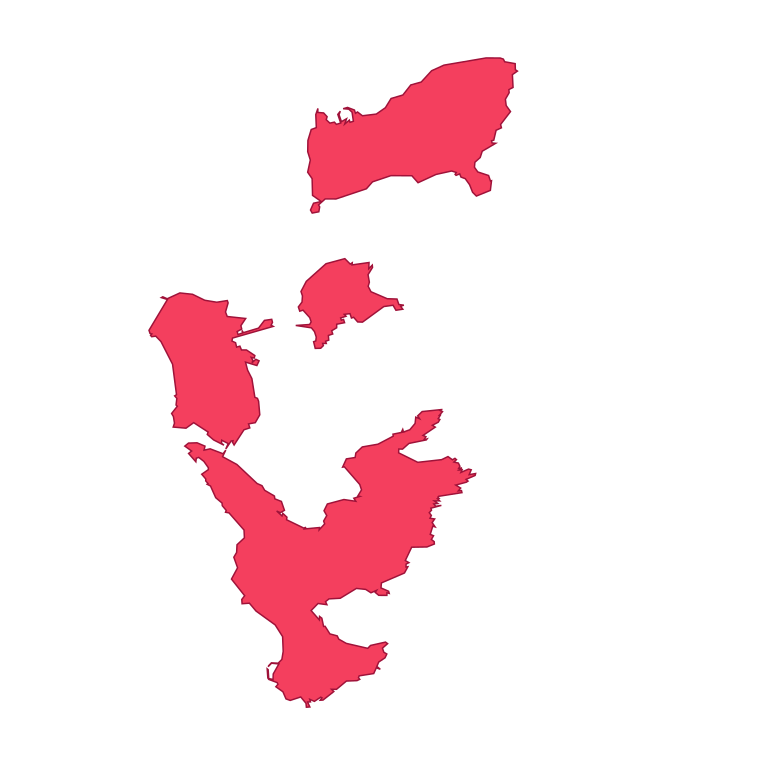 Giske nor, Norway (Albers equal-area conic projection), rotated 164°
{"feature_id": "86288312B39553824960786", "entity_name": "Giske nor", "entity_type": "district", "adm_level": 2, "iso_a3": "NOR", "parent_name": "Norway", "parent_adm1": "", "projection": "albers", "projection_center": [6.074, 62.527], "detail": "fine", "context": "isolated", "style": "filled", "palette": "rose", "viewbox_px": 768, "rotation_deg": 164, "n_neighbors": 0, "source": "geoboundaries", "source_scale": "gbopen_adm2", "svg_char_len": 6140}
<svg xmlns="http://www.w3.org/2000/svg" viewBox="0 0 768 768"><g transform="rotate(164 384 384)"><path d="M547.7,94.7L544.3,94.0L545.1,99.4L542.3,98.7L542.3,101.4L538.4,98.1L531.1,100.4L530.1,99.4L532.5,97.6L529.7,97.0L517.0,102.2L518.6,105.0L513.8,103.6L502.0,108.8L491.7,106.3L488.7,106.8L489.5,108.7L488.3,110.3L473.7,108.5L469.6,113.3L466.2,110.8L468.7,114.5L465.7,118.2L458.5,120.5L455.7,123.7L458.1,126.2L458.3,130.5L452.1,133.4L453.7,135.5L469.0,136.4L472.5,134.4L491.8,145.1L497.8,151.2L498.4,154.8L504.9,158.7L507.4,167.3L508.9,167.6L508.3,176.0L510.0,178.3L511.2,175.1L516.5,186.3L507.9,191.2L499.7,187.6L500.2,190.9L496.1,192.6L485.1,190.1L466.9,195.1L458.2,191.6L454.1,186.9L448.0,187.7L449.9,186.1L447.3,182.3L439.5,180.0L438.7,182.5L436.7,181.3L436.7,183.5L443.1,188.8L441.3,193.5L416.4,196.7L411.4,201.8L413.3,202.1L412.4,204.8L409.3,205.4L412.2,208.4L402.4,219.5L387.6,215.5L379.7,216.3L379.2,218.6L381.3,221.5L378.2,224.5L381.0,226.7L376.3,233.9L374.3,232.6L375.9,237.5L372.5,240.3L376.8,242.3L374.7,244.6L376.0,247.8L373.1,249.6L373.2,251.7L362.3,251.5L368.0,252.2L369.2,255.0L365.2,254.3L367.9,257.8L362.7,256.3L364.2,258.9L362.6,258.8L363.4,260.3L362.6,261.0L339.0,258.1L338.9,260.2L342.0,260.8L339.0,262.8L342.9,267.1L331.9,266.9L330.0,267.5L331.4,269.7L321.6,271.0L320.6,272.7L327.1,273.4L323.8,277.5L326.2,278.9L334.4,277.8L332.6,280.0L335.5,280.6L332.2,281.9L335.5,282.3L333.7,284.0L334.3,287.5L338.3,289.7L335.2,291.3L336.3,293.0L339.1,292.3L342.5,296.6L349.5,295.4L373.1,299.4L388.9,313.8L387.7,317.4L384.1,316.3L376.4,320.0L358.7,318.6L357.8,319.3L361.2,319.2L358.2,321.8L360.7,323.8L346.6,328.4L348.9,331.0L342.4,332.3L340.1,334.5L341.5,335.7L338.5,338.4L339.4,338.7L335.4,341.3L338.5,344.0L334.8,343.4L354.9,347.0L360.4,344.1L359.4,340.8L362.6,343.4L365.0,337.5L371.8,332.9L378.5,332.5L378.5,335.2L380.2,333.3L379.1,332.5L389.2,333.3L389.5,331.3L406.4,327.8L422.2,329.5L430.1,325.4L432.0,321.3L440.8,322.4L446.7,315.5L444.9,315.3L435.0,294.1L434.8,288.4L440.0,283.6L438.2,282.6L444.5,282.5L443.4,279.0L454.4,284.0L471.5,284.3L476.6,278.7L475.3,273.3L479.8,268.9L479.6,265.9L486.5,261.7L485.6,263.8L500.4,266.6L498.5,267.8L500.8,267.6L515.1,280.4L514.0,282.7L516.9,287.5L518.4,285.3L522.2,291.5L519.1,288.9L514.5,290.0L515.0,299.4L520.6,303.7L520.2,306.5L528.0,314.7L529.3,319.9L533.4,323.3L547.6,347.2L559.2,358.6L554.3,364.1L557.9,361.3L569.0,369.6L575.2,370.0L573.2,373.6L579.9,379.0L588.2,381.1L592.6,379.2L587.4,372.6L591.0,371.1L586.3,361.1L584.9,364.4L582.3,364.5L578.5,359.3L575.9,351.9L576.5,350.1L584.1,347.5L581.5,341.8L582.1,340.0L580.6,336.9L581.7,336.4L578.9,333.8L577.1,321.1L572.5,314.2L573.0,311.6L570.5,306.0L571.7,304.4L568.5,302.8L558.8,282.2L560.6,274.6L569.6,270.0L572.1,262.7L576.1,258.9L575.4,247.7L584.4,238.5L576.3,218.9L580.1,216.1L581.0,211.9L573.8,210.4L569.6,201.0L555.0,182.4L551.1,169.1L554.6,154.8L558.1,147.4L562.7,144.8L569.1,147.0L572.5,145.0L573.3,144.2L569.1,146.6L562.2,143.9L570.4,135.8L572.1,130.6L576.0,132.6L574.1,141.3L574.8,142.4L576.7,133.4L576.2,131.8L569.0,126.4L568.7,124.6L571.4,122.8L566.0,116.0L565.0,108.3L561.4,105.7L550.3,106.1L547.0,98.6L547.7,94.7ZM243.4,539.2L228.4,540.8L224.6,549.8L225.7,549.8L226.0,555.6L235.4,562.0L237.3,567.4L235.5,572.1L229.1,575.2L225.4,580.7L210.3,584.6L213.7,585.9L213.6,588.2L211.3,588.1L206.3,597.0L200.5,597.9L200.4,601.3L187.3,611.0L189.8,618.0L188.8,624.3L183.4,629.5L182.8,632.6L178.2,633.5L175.3,646.0L169.5,648.0L171.1,649.9L169.6,655.8L179.2,660.5L179.7,663.4L182.4,665.3L196.0,669.3L238.5,674.0L251.9,672.0L265.0,664.0L275.8,664.1L286.2,656.6L298.5,656.5L306.5,649.2L317.0,645.6L330.8,647.8L334.5,652.8L336.8,652.1L336.9,655.5L342.8,659.9L347.4,659.9L342.1,657.9L339.8,654.1L341.0,645.0L344.5,644.9L344.6,647.2L350.1,644.7L346.9,649.3L352.6,647.9L353.0,655.3L350.8,658.3L354.1,655.9L353.7,646.8L358.2,646.7L359.5,649.4L364.1,649.7L366.7,654.0L365.0,656.6L367.3,661.2L372.8,663.3L371.6,667.1L375.3,661.8L378.4,649.1L383.8,648.7L390.0,639.1L393.3,628.3L393.1,619.6L399.0,608.6L396.5,601.2L400.7,585.0L394.0,576.7L401.9,577.2L406.7,571.5L405.9,568.1L399.2,567.5L397.0,572.0L397.6,574.2L389.5,578.1L379.1,575.1L347.1,576.5L339.3,581.5L319.9,582.4L299.8,576.5L295.8,568.1L276.2,571.1L260.3,570.1L256.2,567.4L257.9,565.9L257.2,564.7L253.3,565.1L253.0,561.7L249.3,559.0L246.8,552.0L246.0,543.9L243.4,539.2ZM555.5,374.7L550.2,369.7L554.0,365.1L546.6,371.4L544.8,371.1L545.7,369.9L544.9,366.7L531.2,378.6L525.1,378.8L525.2,383.0L518.4,382.3L511.9,388.6L509.3,402.0L509.6,405.1L511.8,406.8L509.5,425.6L511.3,434.9L511.1,443.2L501.1,436.8L497.7,440.7L500.4,443.1L505.1,440.8L503.5,442.6L504.3,446.2L501.6,444.7L500.3,446.9L506.8,454.6L511.6,456.0L512.1,460.1L515.5,460.1L515.3,464.6L518.3,467.2L517.0,469.9L474.6,469.9L476.3,471.6L474.2,474.0L474.1,477.1L481.4,478.1L489.2,472.3L505.0,472.1L505.8,474.7L505.7,472.1L510.7,471.8L510.7,474.9L505.6,476.0L505.5,479.5L498.9,485.1L516.1,492.1L516.5,496.9L511.5,504.9L511.6,507.4L522.2,508.7L533.2,513.9L543.3,523.0L555.1,527.8L568.9,525.7L572.6,528.8L574.2,528.4L568.9,524.9L595.1,500.4L595.0,497.1L593.4,496.1L595.0,495.1L594.3,493.5L590.2,492.9L586.7,486.3L581.8,461.3L586.4,430.9L588.5,430.3L587.1,427.3L589.7,421.1L588.8,419.6L596.3,414.2L595.4,410.8L596.2,404.1L598.5,400.7L586.5,396.1L577.6,399.3L566.3,386.3L567.8,384.2L563.2,377.2L554.7,369.3L556.5,371.9L555.5,374.7ZM440.3,437.2L435.0,435.8L431.7,437.6L431.8,439.9L428.3,438.9L428.4,441.2L425.0,441.4L424.1,446.0L419.5,446.2L419.6,449.6L414.0,451.1L413.0,454.5L405.0,453.8L405.1,457.2L407.4,457.1L407.5,459.4L401.8,459.6L403.0,461.9L397.3,461.0L397.1,456.4L394.8,456.5L392.2,450.9L387.6,449.4L362.8,458.5L353.6,457.2L352.2,451.6L345.3,450.7L346.6,454.1L343.2,454.3L347.8,456.3L348.1,462.1L357.4,465.1L371.1,476.3L372.3,482.3L370.0,485.9L369.2,493.5L362.9,499.2L362.5,501.5L366.9,499.0L364.9,504.9L381.9,507.3L381.1,509.3L383.4,508.6L387.1,515.3L406.6,515.6L430.4,504.1L438.3,495.8L438.1,491.2L440.2,485.4L445.1,481.7L444.9,477.2L441.5,477.3L437.1,468.3L436.9,463.8L439.1,461.7L452.7,464.6L438.3,458.0L436.4,453.5L436.2,447.8L437.7,444.2L440.0,444.1L440.3,437.2Z" fill="#f43f5e" stroke="#9f1239" stroke-width="1.5"/></g></svg>